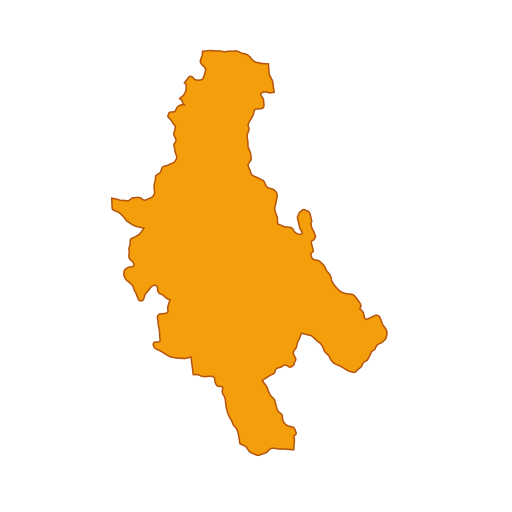 map outline of Nišavski (Equal Earth projection), rotated 32°
{"feature_id": "SRB-830", "entity_name": "Nišavski", "entity_type": "District", "adm_level": 1, "iso_a3": "SRB", "parent_name": "Republic of Serbia", "parent_adm1": "", "projection": "equal_earth", "projection_center": [21.87, 43.429], "detail": "fine", "context": "isolated", "style": "filled", "palette": "amber", "viewbox_px": 512, "rotation_deg": 32, "n_neighbors": 0, "source": "natural_earth", "source_scale": "10m", "svg_char_len": 6153}
<svg xmlns="http://www.w3.org/2000/svg" viewBox="0 0 512 512"><g transform="rotate(32 256 256)"><path d="M111.3,292.6L110.2,292.6L109.2,292.2L108.5,291.5L103.0,283.4L107.3,281.7L111.9,280.5L115.3,278.4L117.7,277.5L118.8,276.4L119.7,273.7L120.7,272.0L124.4,269.2L126.1,268.2L127.6,267.9L130.6,268.2L132.0,267.7L132.8,267.0L136.5,261.7L137.0,259.7L136.9,257.7L136.7,256.7L136.0,255.3L134.0,253.0L132.2,250.2L131.6,248.9L130.5,245.0L128.9,242.3L128.5,241.4L128.5,240.6L130.5,236.1L130.5,235.2L129.6,230.8L129.7,230.0L130.6,228.5L132.9,226.2L134.2,223.9L136.5,220.8L137.1,219.1L137.1,216.0L136.8,215.1L136.1,213.7L132.4,210.7L130.3,208.2L127.8,205.9L127.3,205.0L127.1,204.1L127.3,201.9L127.0,200.4L125.8,199.2L122.6,197.2L121.5,196.1L121.2,195.3L120.1,191.3L118.7,188.6L116.4,188.0L112.4,186.0L107.2,184.4L106.3,181.0L106.5,180.2L107.0,179.5L110.7,176.6L110.3,171.9L111.0,169.5L112.0,167.9L113.3,166.8L115.1,165.8L113.1,165.1L110.5,163.3L107.8,162.9L109.4,158.0L109.2,154.0L107.8,150.5L105.6,147.2L103.5,147.2L104.2,139.9L104.7,138.7L105.9,138.0L107.5,137.9L110.1,138.7L111.1,138.7L113.8,137.6L116.2,135.7L116.9,134.5L117.0,133.7L116.2,129.4L115.2,126.1L114.4,124.4L112.7,123.3L108.5,122.4L106.4,121.3L105.8,120.8L105.1,119.4L104.1,114.4L103.6,113.2L102.2,110.7L108.7,105.7L113.0,103.6L117.0,101.0L119.9,100.1L121.3,99.4L124.5,96.6L127.8,94.7L130.4,92.5L131.1,92.3L136.2,91.6L140.0,90.3L142.2,89.9L145.4,90.3L149.3,91.8L152.6,91.8L153.6,91.6L160.1,89.1L164.7,86.5L171.0,95.0L176.4,98.2L177.8,99.3L180.9,103.1L184.7,107.5L181.3,110.4L177.4,111.6L175.8,112.6L174.9,113.7L174.2,115.6L174.7,116.7L175.2,117.2L178.4,118.6L179.4,119.3L183.0,124.1L183.5,125.4L183.5,126.4L182.9,127.7L181.8,128.8L178.4,131.2L177.8,131.8L177.5,132.4L177.4,133.0L178.5,136.5L179.0,139.1L179.2,146.4L179.7,148.6L180.3,149.6L182.7,151.9L183.1,152.6L183.6,154.3L184.1,157.3L185.0,159.3L188.4,163.1L190.9,167.0L191.7,167.8L196.6,171.4L198.0,172.9L199.8,175.3L200.7,176.9L200.9,177.9L200.7,182.0L201.2,183.3L202.3,184.3L205.4,186.4L208.0,188.7L209.5,189.3L211.6,189.4L215.5,188.8L222.2,188.2L223.6,188.6L226.0,190.4L228.7,191.7L230.4,191.7L234.4,190.5L236.1,190.3L238.5,190.9L240.0,191.5L241.6,193.0L242.8,195.2L244.9,200.6L245.7,203.5L247.1,206.5L248.4,207.9L253.9,212.2L257.2,217.3L264.6,216.1L269.6,213.7L271.2,213.2L272.8,213.5L275.4,215.0L278.0,215.4L280.2,215.2L281.5,214.6L282.6,213.7L283.1,212.9L283.1,212.4L282.5,211.4L279.4,209.8L277.8,208.6L275.1,205.7L271.5,202.4L271.0,201.8L270.4,200.6L270.2,198.5L269.8,196.7L269.8,195.8L271.2,191.9L271.9,191.3L273.3,190.9L276.1,190.5L277.3,190.5L278.4,190.9L279.7,191.8L285.1,197.2L285.0,198.2L285.4,199.2L287.1,201.3L288.8,202.8L292.1,204.7L295.6,207.4L296.2,208.1L296.5,209.4L296.5,211.5L295.4,213.7L295.3,214.5L296.1,215.7L301.9,221.2L302.2,221.9L301.4,224.0L301.7,225.3L302.3,226.4L304.1,227.8L305.6,228.3L307.2,228.3L310.6,227.0L312.7,226.7L318.3,227.9L320.4,228.9L323.7,231.1L327.6,232.3L328.9,232.9L330.3,233.8L333.3,236.9L336.5,238.7L340.7,240.2L345.3,241.2L348.5,241.2L352.8,240.1L357.4,237.7L359.2,237.4L361.3,237.7L368.0,240.3L370.3,241.5L371.4,242.7L371.8,243.6L371.9,245.9L373.6,245.9L376.0,246.6L377.1,247.2L380.9,250.9L381.8,251.4L383.1,251.2L383.9,250.5L388.6,243.2L389.8,242.2L390.5,242.0L392.1,241.8L393.1,242.2L395.9,244.0L399.6,247.0L404.8,249.1L406.6,250.4L407.6,251.5L408.8,253.6L409.6,256.2L409.8,257.8L409.6,259.4L408.5,262.9L406.4,266.0L405.9,267.5L405.8,268.5L406.2,272.4L404.6,275.7L404.7,276.5L404.9,276.8L405.5,282.3L405.5,285.5L403.7,288.9L403.6,290.7L403.9,293.0L403.9,294.0L403.8,294.9L402.5,298.5L401.9,301.4L401.5,302.1L400.3,303.1L396.0,304.4L394.6,304.5L386.2,304.7L380.9,305.5L377.6,305.5L374.4,304.4L370.7,302.0L366.0,301.0L364.4,300.4L359.3,296.8L356.6,296.0L353.2,295.7L346.7,294.4L345.0,294.3L335.4,297.4L336.4,301.9L337.0,307.2L338.6,312.0L338.7,313.0L338.4,316.2L338.7,318.0L340.0,319.6L343.9,321.8L344.5,322.5L344.9,323.7L345.0,325.8L345.8,328.5L344.9,331.0L343.8,332.3L342.5,332.6L340.3,332.5L339.3,332.7L338.2,333.3L337.2,334.6L336.2,336.9L333.3,340.0L332.9,340.8L332.8,341.6L333.6,344.9L333.5,345.8L333.2,346.7L331.4,349.4L327.2,358.2L334.7,361.3L338.5,364.3L341.7,366.3L343.7,367.0L346.9,367.7L348.3,368.3L351.9,371.9L356.1,375.4L357.9,376.2L360.9,376.4L362.1,376.8L362.8,377.3L365.5,380.9L367.8,382.4L370.6,383.2L373.3,383.1L378.4,381.5L379.5,381.7L381.4,382.8L384.0,384.9L384.3,385.6L384.4,386.3L383.6,388.2L383.7,388.5L384.0,389.2L385.9,391.3L390.7,400.4L381.5,405.1L378.7,407.1L373.7,409.2L371.6,410.4L371.0,411.0L370.2,412.4L369.2,416.0L369.3,416.8L364.3,423.1L363.4,423.9L361.9,424.6L356.0,425.5L354.0,425.4L348.8,423.1L347.7,423.0L341.8,423.7L335.8,416.7L332.0,413.4L330.2,412.5L325.7,411.0L322.7,408.6L318.8,406.7L314.8,403.9L310.7,399.9L305.3,393.2L303.7,392.0L301.2,390.8L299.5,389.3L298.7,388.1L297.9,385.6L297.4,385.0L296.4,384.8L293.1,386.5L291.4,386.6L289.7,385.8L288.3,384.8L286.2,382.2L285.5,381.6L284.8,381.3L283.1,381.2L281.6,381.7L276.0,385.8L273.6,386.8L269.5,387.4L265.7,389.9L254.4,376.1L250.2,380.6L242.4,384.8L237.6,386.7L235.2,387.1L225.7,387.2L219.5,387.8L217.7,387.2L215.9,385.8L215.4,384.9L215.3,384.0L215.4,383.2L215.9,382.5L218.5,380.9L219.5,379.8L219.6,379.2L219.3,378.2L217.0,375.3L213.4,370.1L209.4,366.0L207.1,362.7L205.2,360.8L204.4,359.1L204.5,357.3L205.3,356.0L210.0,352.4L210.8,351.1L210.9,350.3L210.6,349.5L208.8,347.2L208.2,346.1L206.1,338.4L205.2,339.0L203.4,339.4L197.3,338.4L194.2,338.9L193.3,338.8L191.3,337.8L189.1,335.0L188.3,334.4L187.2,334.1L186.0,334.2L185.1,334.8L184.1,336.2L183.4,338.0L183.3,339.2L183.0,342.9L182.5,345.4L182.4,347.4L183.6,352.3L183.5,353.6L182.8,354.6L181.4,355.5L179.9,355.5L178.3,354.5L174.6,351.6L171.2,349.7L167.5,346.7L165.3,346.0L158.5,345.0L156.4,344.0L154.1,342.3L152.7,340.0L152.2,338.7L152.0,337.7L152.3,335.7L153.5,333.6L154.2,332.8L156.3,331.0L157.2,330.0L157.4,328.8L157.0,328.0L156.4,327.3L155.2,326.5L151.0,325.6L149.5,324.9L148.9,324.4L147.7,322.6L146.2,319.4L144.2,317.0L143.0,312.5L141.3,310.1L140.8,308.8L141.0,307.2L143.6,303.5L145.7,298.9L146.3,291.8L138.1,294.6L134.2,295.0L127.8,294.8L122.8,292.9L118.2,291.9L114.8,291.9L111.3,292.6Z" fill="#f59e0b" stroke="#b45309" stroke-width="1.5"/></g></svg>